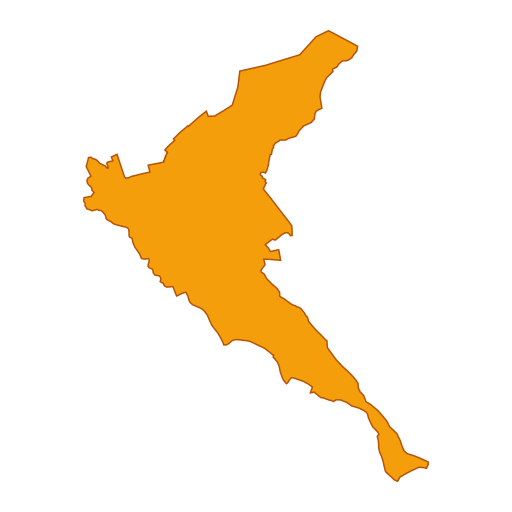 Stei, Bihor, Romania
{"feature_id": "2599482B13533696934170", "entity_name": "Stei", "entity_type": "district", "adm_level": 2, "iso_a3": "ROU", "parent_name": "Romania", "parent_adm1": "Bihor", "projection": "albers", "projection_center": [22.468, 46.534], "detail": "fine", "context": "isolated", "style": "filled", "palette": "amber", "viewbox_px": 512, "rotation_deg": 0, "n_neighbors": 0, "source": "geoboundaries", "source_scale": "gbopen_adm2", "svg_char_len": 5421}
<svg xmlns="http://www.w3.org/2000/svg" viewBox="0 0 512 512"><path d="M357.6,46.2L348.3,41.2L343.2,38.5L328.5,30.7L316.2,36.7L299.7,54.8L277.2,61.7L265.2,65.4L239.8,71.1L237.9,86.9L232.2,105.2L224.2,110.3L214.5,116.1L208.2,116.3L206.4,111.2L199.8,116.3L188.3,126.4L187.8,125.9L180.0,132.4L173.5,138.9L174.7,140.4L170.0,144.5L169.1,145.4L164.8,150.0L166.1,151.1L167.5,152.2L167.0,153.2L166.9,153.2L167.0,153.5L165.4,156.0L165.8,156.4L165.1,157.6L164.7,158.0L164.9,158.3L164.6,159.0L164.1,160.4L163.6,160.6L163.8,161.3L163.9,162.0L161.5,162.6L157.8,163.3L151.1,164.6L148.2,165.2L149.9,172.1L142.2,173.8L138.6,174.6L135.4,175.5L133.3,176.0L131.1,176.5L129.0,177.7L125.8,178.2L124.4,176.6L117.0,154.3L111.4,157.0L112.8,160.8L107.8,162.1L107.0,162.6L106.8,163.5L108.3,167.8L107.2,168.2L106.5,167.6L105.3,166.0L99.7,163.3L97.9,161.2L95.7,159.4L92.8,158.7L91.0,157.2L88.5,157.6L87.9,160.3L86.2,166.5L91.0,176.2L88.0,178.1L86.9,180.4L87.5,183.3L88.3,184.4L91.5,187.5L91.8,190.0L94.0,192.5L91.1,196.4L84.1,197.6L83.7,200.5L83.9,201.2L84.0,201.8L84.8,202.7L85.2,203.6L85.0,205.4L85.4,206.3L86.1,207.1L86.6,208.4L87.4,209.1L89.9,209.8L92.1,210.8L97.2,209.4L99.0,210.3L101.3,210.6L103.0,212.1L104.8,214.4L105.4,215.4L105.9,217.5L106.1,218.6L107.0,219.4L107.9,220.2L110.5,221.4L112.3,222.9L114.3,224.1L116.5,224.8L123.2,226.6L125.5,227.0L127.1,227.7L128.1,228.3L128.8,229.9L129.0,231.6L129.1,236.1L130.0,237.5L132.1,238.2L133.0,242.8L134.8,247.0L139.6,253.9L141.4,258.3L142.5,258.8L144.9,259.1L146.8,258.9L148.4,258.6L149.2,259.3L149.0,261.7L148.3,263.9L148.0,266.2L149.1,267.6L151.3,268.7L152.7,269.5L153.0,271.0L153.3,273.1L155.0,275.1L157.3,275.5L159.5,275.9L160.4,277.3L160.9,278.5L160.6,280.2L160.2,281.6L161.9,282.7L163.2,283.0L163.6,284.3L164.4,285.8L166.7,287.1L168.9,287.0L171.0,286.7L172.9,286.6L173.4,287.8L174.0,289.4L176.6,296.0L182.5,293.2L185.9,292.2L186.6,293.5L188.0,296.4L189.0,300.2L189.8,301.9L190.7,302.9L192.2,304.4L193.4,305.1L195.0,305.8L198.4,307.2L200.7,308.3L202.4,309.3L204.0,310.8L204.9,311.8L205.9,313.1L207.5,315.3L208.5,317.8L209.1,319.3L210.6,322.6L211.6,324.8L213.4,327.4L214.7,329.0L215.9,330.6L217.7,332.8L219.2,335.3L221.0,338.5L222.0,340.6L222.9,342.3L223.8,344.9L224.9,344.8L225.6,345.1L226.6,344.7L227.9,344.1L229.6,342.8L230.9,341.7L232.0,340.7L233.6,340.0L234.8,339.8L236.1,339.6L237.7,339.7L239.5,339.8L243.0,340.3L246.2,340.6L247.8,340.9L249.6,341.3L251.5,342.0L254.0,343.2L257.1,344.8L260.3,346.2L262.9,347.4L265.2,348.8L267.8,350.8L269.9,352.4L270.8,353.3L272.2,354.4L273.2,354.9L273.7,355.1L273.1,356.9L277.4,362.0L279.1,366.0L280.3,372.0L282.5,378.1L283.7,380.4L286.4,383.7L287.8,382.7L289.5,379.8L291.6,377.7L293.1,377.8L303.3,381.3L308.3,384.0L312.4,387.0L310.4,392.9L312.9,392.4L314.1,392.1L316.5,394.1L320.7,397.5L323.3,397.9L328.6,399.9L331.8,400.7L333.6,401.5L336.2,399.8L340.4,399.9L343.1,401.0L346.5,402.3L349.7,404.4L351.7,406.0L355.4,407.0L359.0,408.1L363.5,410.4L365.8,411.8L367.5,413.8L368.3,417.5L369.7,420.7L371.4,424.3L372.8,427.0L375.3,429.4L378.0,432.4L378.9,434.4L377.3,436.2L377.5,437.5L378.3,440.3L378.6,443.8L378.7,448.2L379.8,452.6L381.4,456.0L383.0,460.8L384.2,466.4L385.5,471.6L389.7,475.5L394.4,479.9L397.6,481.3L400.0,477.0L405.8,473.7L410.6,471.1L416.7,468.3L418.9,467.2L423.5,467.6L426.5,468.3L428.3,464.4L428.1,461.9L419.8,458.1L414.4,455.9L407.3,453.7L404.3,451.1L402.0,446.2L400.3,440.7L398.1,436.3L396.8,433.5L393.7,430.5L389.6,426.7L387.0,421.4L384.3,418.0L381.5,414.7L378.5,411.2L375.1,408.2L370.5,404.4L366.0,401.7L363.8,395.7L360.2,391.9L358.4,388.2L358.0,383.4L355.4,379.4L351.3,374.8L347.1,370.7L342.7,366.7L336.3,359.9L328.7,349.5L327.4,347.6L327.2,345.8L327.1,343.0L326.9,340.6L325.7,339.9L324.6,338.9L323.1,337.2L320.7,334.6L318.0,332.1L316.3,330.4L314.4,328.3L312.5,326.1L308.4,321.1L307.9,318.6L307.3,317.0L305.9,315.7L304.2,312.6L301.9,309.8L300.8,308.5L298.4,307.2L297.0,306.8L295.2,305.7L292.7,304.9L290.9,303.9L284.1,298.8L281.0,297.1L279.7,296.1L279.7,293.7L279.5,291.9L278.4,290.7L277.6,289.1L276.0,287.5L273.8,285.7L271.4,283.5L269.2,281.2L266.5,278.5L265.7,276.8L264.6,274.7L263.8,273.7L261.4,272.3L260.9,271.1L261.1,270.6L262.2,268.4L263.9,266.3L264.9,265.1L265.0,264.0L264.6,262.5L263.8,259.6L263.8,259.1L266.0,259.2L268.8,259.3L275.6,259.9L278.0,260.0L280.6,260.4L280.6,259.9L278.7,249.7L270.4,251.5L269.7,250.4L268.4,247.9L265.2,244.6L268.1,242.4L271.5,239.8L272.7,239.2L273.8,239.6L275.0,240.1L275.6,239.8L279.3,236.8L281.8,234.6L285.0,232.9L287.3,232.7L288.9,233.5L290.5,235.7L292.2,235.4L291.9,226.0L288.6,221.4L279.6,209.8L270.7,198.2L263.4,189.1L263.4,188.9L265.7,183.7L266.4,182.9L265.2,181.8L265.6,179.6L263.0,178.1L262.5,178.0L262.3,176.4L261.7,176.0L260.2,174.4L260.1,173.9L260.7,172.9L262.4,172.2L264.5,172.4L265.4,173.1L266.7,170.7L267.5,167.9L268.3,165.2L268.9,161.1L269.2,159.2L270.3,154.4L271.4,154.4L271.8,152.2L272.4,149.1L273.6,147.5L273.3,146.1L275.3,143.3L277.4,141.9L279.1,141.0L280.0,140.0L284.4,140.1L286.2,139.8L287.5,139.0L290.2,137.8L293.2,137.1L295.9,136.2L297.8,133.4L299.1,130.9L300.2,129.6L303.6,125.9L304.8,125.4L311.1,122.6L313.2,120.1L313.9,119.7L314.3,118.9L314.9,114.1L316.1,111.3L318.3,109.9L321.9,108.2L320.0,96.9L320.6,91.8L322.9,86.0L325.2,80.2L326.8,77.5L333.0,71.5L332.5,70.0L333.1,68.7L336.3,67.4L337.7,66.0L338.4,64.4L342.3,60.9L344.1,60.6L345.4,60.9L348.4,60.1L351.8,57.6L352.8,56.1L353.7,54.6L356.8,51.1L357.4,47.5L357.6,46.2Z" fill="#f59e0b" stroke="#b45309" stroke-width="1.5"/></svg>